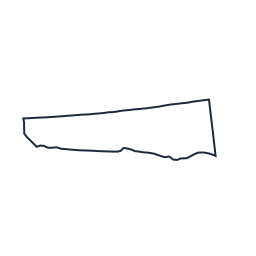 Balneário Arroio do Silva, Santa Catarina, Brazil (orthographic projection), rotated 223°
{"feature_id": "56859067B63306994549847", "entity_name": "Balneário Arroio do Silva", "entity_type": "district", "adm_level": 2, "iso_a3": "BRA", "parent_name": "Brazil", "parent_adm1": "Santa Catarina", "projection": "orthographic", "projection_center": [-49.466, -29.02], "detail": "fine", "context": "isolated", "style": "outline", "palette": "slate", "viewbox_px": 256, "rotation_deg": 223, "n_neighbors": 0, "source": "geoboundaries", "source_scale": "gbopen_adm2", "svg_char_len": 1317}
<svg xmlns="http://www.w3.org/2000/svg" viewBox="0 0 256 256"><g transform="rotate(223 128 128)"><path d="M44.9,167.3L63.4,183.1L77.2,194.7L88.1,204.0L90.3,201.5L93.1,198.1L96.6,193.8L99.0,190.9L100.8,188.3L103.0,185.6L105.5,182.8L107.5,180.4L109.9,177.6L112.1,175.1L114.1,172.6L117.0,168.8L119.3,165.6L121.0,163.5L122.8,161.3L125.2,158.4L127.7,155.2L130.0,152.8L131.7,150.7L134.3,147.9L136.9,145.0L138.8,142.6L140.8,140.4L143.2,137.7L145.6,134.8L147.7,131.9L150.1,129.1L153.1,126.1L155.8,122.6L159.0,119.0L161.9,115.9L164.9,112.4L168.5,108.6L170.7,106.5L173.0,103.9L175.7,101.0L178.1,98.3L180.9,95.4L183.4,92.5L185.5,90.3L188.3,87.3L191.1,84.2L194.0,81.2L197.1,77.9L200.0,75.1L202.1,72.9L204.0,70.8L205.9,69.0L208.6,66.1L211.1,63.6L207.5,60.9L204.8,58.0L202.1,55.3L200.0,53.1L195.8,52.4L181.9,52.0L180.1,55.4L177.3,57.6L173.9,58.6L171.5,60.3L169.4,62.6L166.9,65.3L163.2,66.9L157.8,71.1L154.5,73.7L148.8,78.2L138.3,87.3L133.3,91.4L123.0,100.4L119.4,103.7L117.8,106.4L117.6,110.3L114.3,112.7L110.0,114.9L107.1,115.8L103.6,118.5L99.7,121.0L97.0,123.3L94.5,125.0L91.6,126.9L87.1,128.9L83.6,130.5L81.1,131.8L78.6,135.1L76.0,135.6L73.3,135.8L70.1,138.4L68.7,141.7L66.5,143.8L64.3,146.2L63.2,149.3L62.1,152.8L60.0,157.7L56.1,161.6L51.4,164.6L47.4,166.5L44.9,167.3Z" fill="none" stroke="#1e293b" stroke-width="2"/></g></svg>